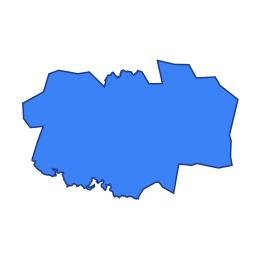 outline of Chandmani-O'ndor, Hövsgöl, Mongolia, rotated 275°
{"feature_id": "93677404B22883692380177", "entity_name": "Chandmani-O'ndor", "entity_type": "district", "adm_level": 2, "iso_a3": "MNG", "parent_name": "Mongolia", "parent_adm1": "Hövsgöl", "projection": "orthographic", "projection_center": [100.637, 50.505], "detail": "fine", "context": "isolated", "style": "filled", "palette": "blue", "viewbox_px": 256, "rotation_deg": 275, "n_neighbors": 0, "source": "geoboundaries", "source_scale": "gbopen_adm2", "svg_char_len": 5413}
<svg xmlns="http://www.w3.org/2000/svg" viewBox="0 0 256 256"><g transform="rotate(275 128 128)"><path d="M99.9,234.9L108.5,232.6L124.5,231.8L129.9,229.6L166.0,235.0L178.3,216.0L186.4,210.4L183.8,191.7L196.4,183.1L195.4,168.4L197.9,151.4L175.2,158.5L173.9,145.1L183.2,138.4L185.2,136.8L186.0,132.7L185.5,132.3L185.2,132.5L185.0,132.4L184.2,131.7L183.9,131.9L183.6,131.7L183.4,130.9L182.9,130.7L182.5,130.0L181.7,129.9L181.4,128.9L182.2,127.8L182.3,127.4L182.5,127.1L183.4,127.0L184.0,126.2L184.3,126.1L184.3,125.9L183.9,125.8L183.8,125.3L183.9,125.1L184.3,124.8L184.3,124.7L184.2,123.8L184.6,122.7L183.9,122.2L183.8,121.8L183.9,121.4L183.9,121.1L184.1,120.8L184.2,119.8L184.6,119.3L184.8,119.2L184.9,118.7L185.1,118.5L185.2,118.4L185.1,117.7L184.7,117.3L184.6,117.0L184.4,116.8L184.3,116.5L184.2,116.4L183.7,116.6L182.7,116.5L182.4,116.2L182.5,116.0L182.1,116.0L181.5,115.6L181.1,115.6L180.9,115.9L180.7,116.1L180.4,116.1L180.0,115.9L179.8,115.9L179.5,116.2L179.3,116.2L179.1,116.0L179.1,115.5L178.8,114.9L178.3,114.9L178.2,114.5L177.6,114.4L177.6,114.2L178.0,113.7L177.3,113.6L177.1,113.4L177.1,113.1L177.6,112.3L178.0,112.0L178.1,111.8L178.7,111.7L178.8,111.5L178.8,111.2L179.5,110.7L179.8,110.2L180.2,109.9L180.9,109.5L181.6,108.7L182.1,108.7L182.2,108.4L182.2,108.1L181.9,107.8L181.5,107.6L181.4,107.0L181.3,106.9L180.8,106.8L180.2,106.5L179.8,106.1L179.6,106.2L179.1,106.0L179.0,105.7L179.0,105.2L178.8,104.7L179.0,104.3L179.0,104.0L178.7,103.3L178.2,102.9L177.1,102.9L176.8,102.7L176.5,102.3L175.9,101.9L175.2,101.9L174.9,101.8L174.4,101.8L174.0,101.4L173.9,101.0L173.6,100.8L173.5,101.2L173.1,101.5L172.9,101.6L172.0,101.7L169.6,101.5L169.2,101.1L168.9,101.0L168.2,101.1L167.1,101.1L166.9,101.0L166.9,100.9L180.4,84.5L177.6,73.2L179.4,54.1L175.1,44.6L156.6,40.7L143.5,21.0L128.1,23.3L119.9,30.7L122.3,43.4L105.6,38.9L89.1,35.4L87.5,35.2L87.4,35.3L87.2,36.1L86.8,36.6L86.8,37.1L87.1,38.2L87.0,38.4L86.8,38.7L86.4,38.7L85.9,38.7L83.5,37.6L82.5,38.1L82.0,38.6L81.7,39.2L80.5,40.1L79.5,41.2L78.3,43.1L77.7,44.4L77.6,44.8L77.4,45.2L76.8,45.6L76.3,45.7L75.6,46.6L75.5,47.2L75.0,47.8L74.8,48.3L74.5,49.7L74.5,50.5L74.2,51.3L74.2,52.2L74.3,53.0L74.3,53.3L74.0,54.0L74.3,54.5L74.3,54.9L73.9,55.2L73.7,56.0L73.1,56.9L73.1,57.1L73.4,57.5L73.6,58.1L74.1,58.7L74.0,60.2L74.2,60.4L74.5,60.4L75.1,60.4L75.5,60.2L75.6,59.2L76.8,59.9L77.4,59.8L78.1,59.5L79.0,58.8L79.8,57.2L80.3,56.5L80.9,56.3L81.1,56.3L81.1,56.5L81.1,56.8L81.1,57.4L80.9,58.2L80.3,59.3L80.2,59.7L80.2,60.0L80.2,60.3L80.6,60.9L80.6,61.1L80.1,61.2L79.5,60.7L79.0,60.8L77.3,61.8L77.0,62.2L77.1,62.8L77.6,64.1L77.9,65.0L78.2,66.6L78.3,67.1L78.2,67.3L77.8,67.6L77.3,67.8L76.3,66.8L76.1,66.7L75.5,66.6L74.6,67.4L73.2,68.0L72.4,68.6L71.9,68.7L71.1,68.6L70.6,68.8L69.0,70.1L68.5,70.6L67.8,71.0L67.2,71.1L66.9,71.4L66.7,71.6L66.3,72.7L66.1,73.0L65.7,72.9L64.5,72.3L64.3,72.2L64.1,72.3L64.2,72.6L64.9,73.5L65.2,74.1L65.4,74.7L65.6,76.2L66.0,77.2L66.5,77.7L67.4,78.1L67.5,78.3L67.9,78.9L67.3,80.6L66.8,81.4L66.3,81.8L65.6,82.1L66.1,83.0L66.1,83.3L65.9,83.6L66.6,83.8L67.1,84.5L67.2,84.8L67.4,85.6L67.4,85.8L66.8,87.1L66.3,87.5L65.5,88.6L64.9,89.2L64.4,89.3L64.2,89.7L64.2,90.0L64.5,90.3L64.7,91.0L64.6,91.3L64.6,91.9L64.5,92.1L63.9,92.5L63.3,93.6L63.1,95.0L63.2,95.7L63.3,95.9L63.4,96.2L63.6,96.3L64.1,96.3L64.5,96.6L64.9,97.2L65.6,98.6L66.0,99.1L66.5,99.5L67.0,99.7L67.3,99.7L69.1,99.4L69.4,99.3L68.6,99.3L68.0,99.5L67.5,99.4L67.4,99.1L67.4,98.1L67.3,97.9L67.1,97.3L66.2,96.5L66.0,96.0L65.7,95.1L65.7,94.4L65.8,93.9L66.1,93.0L66.5,92.3L66.7,93.1L67.0,93.5L68.0,94.5L68.8,95.1L69.3,95.3L70.1,95.2L71.4,96.4L71.8,96.6L73.1,96.7L73.8,96.3L74.6,96.6L75.1,97.4L75.4,97.7L75.4,98.8L74.6,99.2L74.3,99.5L74.0,100.4L73.6,101.2L73.0,102.1L72.1,102.6L71.6,102.5L71.4,102.4L71.8,101.8L71.9,101.5L72.1,101.4L71.9,101.2L71.1,102.0L70.7,102.5L70.4,102.8L70.3,103.1L70.5,103.3L71.6,104.2L72.0,104.8L72.4,105.5L72.5,106.1L72.6,106.4L73.4,106.5L73.8,106.4L74.0,106.6L74.0,106.8L73.8,107.0L73.7,107.5L73.5,107.9L72.6,108.5L71.9,108.3L71.2,108.2L70.8,107.9L69.8,106.7L68.6,106.4L68.1,106.5L66.9,106.9L66.5,107.4L66.2,108.5L66.0,108.8L65.2,109.4L64.3,109.8L64.1,110.2L64.1,110.9L64.5,111.1L65.7,111.2L66.7,111.7L68.5,111.8L68.6,111.7L68.4,111.4L69.0,111.2L69.4,111.1L69.3,111.3L68.8,111.5L69.2,111.8L69.5,112.1L69.5,113.0L69.5,113.5L69.5,114.1L69.6,114.5L70.2,114.4L70.4,114.5L70.5,114.7L70.2,114.8L70.0,114.7L69.6,114.8L68.7,116.2L68.4,116.3L67.4,116.3L66.8,116.1L66.5,115.9L66.1,115.4L65.3,115.2L64.3,115.5L64.1,115.6L64.0,116.7L63.8,116.9L64.0,117.4L63.9,117.5L63.2,118.2L62.9,118.4L60.8,119.1L59.5,119.6L59.1,119.9L58.5,120.4L58.4,120.8L58.4,121.0L58.5,121.1L58.6,120.9L58.8,121.1L58.9,121.7L59.3,122.3L59.2,122.9L59.2,123.3L59.0,123.7L58.2,124.5L58.4,124.8L58.2,125.0L58.6,125.0L58.5,125.5L58.7,126.0L58.9,126.5L59.8,127.3L60.0,127.6L60.4,127.7L60.4,127.9L60.3,128.2L60.3,128.7L60.2,128.9L59.9,129.1L59.7,129.4L59.9,130.0L59.9,130.3L60.0,130.5L60.0,130.8L59.8,131.6L59.1,132.0L59.2,132.4L59.0,132.9L59.1,133.2L59.4,133.6L59.5,134.1L59.9,134.6L59.9,135.3L60.1,135.5L59.9,135.7L59.8,135.9L60.0,136.1L60.1,136.5L59.9,137.0L59.8,138.2L59.3,138.9L59.1,139.5L58.7,139.8L58.7,140.2L58.4,140.8L58.2,141.9L58.6,142.2L58.6,142.4L58.2,142.3L58.1,142.5L58.3,142.8L58.6,142.9L58.6,143.5L58.4,144.5L60.7,144.6L68.4,148.5L76.6,160.6L76.5,163.9L72.3,167.5L67.0,179.1L96.4,181.7L96.6,190.4L96.2,194.4L98.7,199.4L96.1,221.7L99.9,234.9Z" fill="#3b82f6" stroke="#1e3a8a" stroke-width="1.5"/></g></svg>